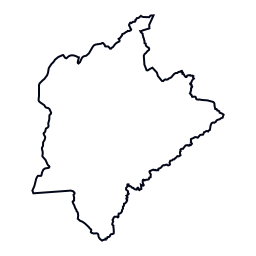 Kasungu, Kasungu, Malawi (orthographic projection)
{"feature_id": "42251766B4237185447418", "entity_name": "Kasungu", "entity_type": "district", "adm_level": 2, "iso_a3": "MWI", "parent_name": "Malawi", "parent_adm1": "Kasungu", "projection": "orthographic", "projection_center": [33.451, -12.996], "detail": "fine", "context": "isolated", "style": "outline", "palette": "ink", "viewbox_px": 256, "rotation_deg": 0, "n_neighbors": 0, "source": "geoboundaries", "source_scale": "gbopen_adm2", "svg_char_len": 5797}
<svg xmlns="http://www.w3.org/2000/svg" viewBox="0 0 256 256"><path d="M170.0,164.2L169.5,162.8L170.2,160.8L172.2,160.3L173.2,159.3L174.3,159.3L175.4,158.0L176.3,157.5L177.2,156.3L177.7,156.1L178.7,156.4L180.5,155.3L179.9,152.7L180.1,151.7L180.7,151.1L180.3,150.0L181.0,149.1L181.7,148.8L183.1,148.8L183.6,147.9L185.5,145.5L187.3,145.1L188.3,145.7L189.0,145.7L189.1,145.1L189.3,144.8L189.7,144.7L190.1,145.1L190.7,145.2L191.8,144.0L191.9,143.5L190.8,142.3L191.1,141.0L190.8,140.2L191.0,139.0L193.4,138.1L195.0,137.1L196.5,137.2L197.4,137.7L197.8,137.7L198.6,136.7L199.0,136.4L199.3,135.8L200.4,134.9L203.1,134.6L204.1,132.2L204.7,132.1L206.2,131.1L207.1,131.0L208.1,131.5L208.9,130.4L209.9,129.9L210.6,125.4L211.6,123.2L213.0,122.5L213.5,122.5L214.1,122.8L214.6,122.4L215.3,122.2L215.8,121.8L216.4,120.6L217.4,119.9L219.8,119.2L220.7,118.4L222.6,117.7L223.6,114.6L221.5,113.3L219.6,112.7L219.3,111.3L218.5,110.7L217.3,110.5L216.6,109.1L215.8,108.9L215.4,109.1L215.2,109.0L214.6,106.1L214.4,103.5L214.0,102.7L213.3,102.0L207.6,100.4L201.5,99.9L199.2,99.4L198.7,99.7L196.6,99.3L196.2,98.9L195.8,97.4L195.4,96.8L194.3,96.6L192.9,96.9L192.0,96.7L191.9,95.9L191.4,94.8L190.9,94.7L190.0,93.4L190.4,93.2L190.5,91.9L191.1,90.3L191.0,88.4L191.4,88.1L191.4,87.3L192.1,87.0L192.2,86.5L191.5,85.7L191.7,85.1L191.3,84.5L190.7,84.2L190.4,84.3L190.1,83.7L190.3,83.4L191.1,83.0L191.5,82.1L191.5,81.6L192.1,80.6L193.1,79.0L193.9,78.6L193.0,77.2L193.4,76.1L192.7,75.7L190.4,75.7L190.2,75.2L188.6,75.2L187.1,75.7L186.5,77.0L185.6,77.0L184.3,75.4L183.9,74.3L182.9,74.1L182.4,73.8L182.9,72.5L182.4,72.1L181.8,72.1L182.0,71.2L181.9,70.9L181.4,70.9L179.4,71.9L178.4,72.0L177.5,72.9L175.6,73.1L174.8,73.5L173.9,74.2L171.2,77.4L168.5,78.7L167.8,79.4L166.0,79.7L165.3,79.4L164.6,79.7L163.1,81.1L162.1,81.0L161.8,80.8L157.9,76.0L156.9,72.6L152.4,67.7L150.0,68.9L147.7,70.4L146.6,70.2L144.4,64.6L143.8,55.6L144.6,54.1L146.1,52.8L147.2,51.4L149.1,49.8L149.1,48.3L148.6,47.6L147.7,47.3L146.2,46.0L145.8,45.2L145.7,43.6L144.5,43.1L144.5,40.8L144.1,40.1L143.9,38.5L143.2,37.3L143.2,36.6L142.7,34.9L142.6,33.7L140.8,32.1L140.4,31.2L141.0,31.3L142.7,30.4L149.4,28.4L149.2,24.9L153.5,15.4L150.9,15.5L150.3,15.8L149.2,17.2L143.1,17.0L141.2,16.3L140.9,15.9L138.6,17.9L136.7,18.2L136.1,19.6L135.3,20.1L135.4,21.0L134.9,21.7L134.5,21.7L134.0,21.9L133.0,21.8L131.5,23.0L130.7,22.6L130.1,22.8L129.8,23.7L129.3,24.1L129.0,25.2L130.2,27.5L130.3,28.3L131.2,29.3L130.9,30.2L129.0,31.1L127.7,30.9L126.9,31.7L126.1,32.0L123.9,33.6L122.4,34.0L122.1,34.6L122.0,35.6L121.2,36.3L120.3,37.8L118.6,38.9L119.5,40.1L119.6,40.8L119.4,41.3L118.4,42.0L117.5,42.3L116.2,43.2L114.9,44.4L113.2,46.8L111.2,48.2L110.9,48.7L110.0,48.6L109.4,47.7L108.2,46.5L105.3,46.4L104.9,45.8L104.6,44.6L103.8,44.0L103.3,43.2L102.7,43.0L102.2,43.0L101.3,43.6L100.6,43.8L95.8,44.5L94.0,45.3L92.8,46.7L88.9,53.4L86.4,55.6L83.6,56.4L82.5,57.2L81.7,58.4L80.0,62.1L78.5,63.5L77.9,63.1L77.7,62.2L78.9,57.4L77.6,57.0L75.9,56.1L73.2,55.3L70.9,55.4L69.9,55.7L68.4,56.5L66.9,57.9L66.2,58.3L65.0,57.7L63.3,55.1L62.9,55.0L58.3,57.0L55.1,59.6L53.5,62.0L51.4,64.1L49.0,67.7L48.7,68.5L48.0,72.8L47.1,75.3L44.5,78.8L42.5,80.5L39.6,83.4L39.0,85.1L39.0,96.0L38.6,99.3L38.7,100.6L39.1,101.4L40.2,102.4L44.3,105.2L45.5,107.2L46.5,107.7L48.3,108.1L49.2,108.8L49.6,109.3L51.1,112.7L50.9,113.8L49.5,115.1L49.4,115.5L49.3,119.4L48.2,123.6L48.5,125.4L48.4,126.7L47.6,127.6L45.9,128.6L45.2,131.5L44.6,132.5L43.9,132.8L43.6,133.4L43.9,134.7L45.1,136.7L45.2,137.7L44.6,139.9L43.1,142.4L43.0,145.9L41.9,147.9L42.0,149.5L42.5,150.9L42.7,152.4L42.7,153.9L42.4,155.4L42.5,156.5L45.5,159.9L47.6,164.6L48.3,165.5L49.2,166.1L49.4,166.6L49.2,167.4L48.8,167.8L44.9,168.5L43.4,169.6L42.0,172.6L41.5,175.1L41.2,175.7L40.7,175.9L38.2,175.8L37.8,176.0L37.1,176.9L36.2,178.8L34.4,186.0L32.4,190.6L33.4,193.3L70.9,190.6L73.2,191.3L73.9,192.2L74.3,192.4L74.6,193.1L74.5,193.7L73.5,194.9L74.2,197.9L74.0,199.1L74.1,200.3L73.7,201.0L72.9,201.2L72.6,201.8L73.4,203.9L74.0,204.8L75.3,208.3L76.3,209.8L76.5,210.9L77.4,212.0L77.9,213.0L78.2,215.5L77.8,218.7L79.9,220.7L82.4,221.7L85.1,223.6L88.8,227.1L89.9,228.6L90.8,229.1L91.3,230.1L90.8,232.0L91.5,232.8L93.6,233.5L96.8,233.3L97.9,233.9L98.3,234.6L98.5,236.4L99.0,237.6L99.8,238.8L102.0,240.6L102.9,240.1L104.6,239.6L105.7,239.6L105.6,238.6L107.1,238.4L107.5,237.1L109.3,236.8L109.7,236.5L110.4,234.8L111.1,234.2L112.6,234.0L113.7,233.4L113.8,231.4L113.6,228.1L113.3,227.0L113.5,225.7L112.4,224.7L112.2,224.4L112.5,223.0L113.2,221.4L112.7,220.5L112.6,219.7L113.1,219.3L113.6,217.7L114.6,216.7L115.9,216.8L116.6,216.6L117.9,217.4L118.2,217.2L118.5,216.6L118.4,215.2L118.7,213.6L119.7,213.6L121.1,212.7L122.0,211.2L122.0,210.2L123.0,208.5L122.9,206.7L123.9,205.8L124.0,203.7L125.0,203.4L125.4,203.1L126.7,201.5L126.7,200.9L127.1,200.5L127.2,199.8L126.4,199.0L126.3,198.6L126.5,198.2L127.4,197.8L127.6,197.3L126.4,195.7L128.4,194.4L128.7,193.8L128.4,193.3L127.8,193.0L128.1,191.9L127.9,191.1L126.2,189.7L126.0,189.2L126.1,188.2L126.4,187.5L127.4,186.6L127.4,184.5L127.9,184.3L128.6,184.4L128.6,185.1L129.5,186.2L130.1,186.1L131.3,186.8L132.3,187.9L133.3,187.9L134.3,189.0L135.3,189.4L136.6,189.6L137.2,188.2L137.8,187.7L138.0,187.7L138.6,188.4L138.8,189.7L139.4,190.1L140.3,189.3L141.1,189.1L141.4,188.9L140.9,184.7L142.7,185.7L143.3,185.7L143.7,185.3L143.7,184.9L143.2,184.1L142.7,182.2L142.7,180.7L143.0,179.8L143.5,179.7L144.3,180.4L144.5,180.4L144.5,180.0L148.5,179.5L148.9,179.0L149.3,177.6L150.6,177.3L150.8,174.3L149.7,172.7L149.5,171.6L149.7,171.1L150.5,171.0L151.3,170.4L153.1,169.7L153.7,169.7L154.2,170.2L155.5,169.9L156.1,170.4L157.1,170.1L158.1,170.3L158.3,170.1L158.5,168.7L160.4,168.0L161.3,167.3L162.2,166.0L163.3,165.2L164.5,165.3L165.3,164.9L166.8,164.6L167.5,165.2L168.3,165.4L169.5,165.0L170.0,164.2Z" fill="none" stroke="#020617" stroke-width="2"/></svg>